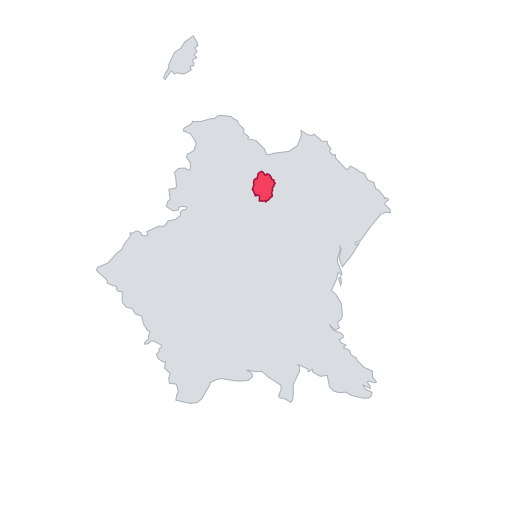 Lozère highlighted on a map of France, rotated 208°
{"feature_id": "FRA-5320", "entity_name": "Lozère", "entity_type": "Metropolitan department", "adm_level": 1, "iso_a3": "FRA", "parent_name": "France", "parent_adm1": "", "projection": "mercator", "projection_center": [3.454, 44.535], "detail": "fine", "context": "in_parent", "style": "filled", "palette": "rose", "viewbox_px": 512, "rotation_deg": 208, "n_neighbors": 0, "source": "natural_earth", "source_scale": "10m", "svg_char_len": 5605}
<svg xmlns="http://www.w3.org/2000/svg" viewBox="0 0 512 512"><g transform="rotate(208 256 256)"><path d="M378.2,217.0L375.4,218.6L373.6,221.8L371.8,222.5L368.5,222.6L367.0,220.6L363.0,221.8L361.4,223.9L363.8,226.4L356.0,236.6L351.0,239.2L350.0,245.8L344.1,250.8L342.0,255.9L341.8,257.0L343.3,258.7L342.6,262.0L339.7,264.2L339.7,266.4L340.5,266.7L345.0,264.9L346.8,262.9L345.9,260.2L350.4,256.9L358.5,257.7L359.5,262.2L358.4,265.9L364.3,274.0L359.2,277.7L358.9,280.2L364.1,288.2L367.4,291.5L365.6,296.9L360.1,300.3L356.6,300.1L355.1,300.9L355.2,302.6L357.6,307.4L363.6,310.5L364.5,314.2L362.8,315.5L360.1,321.0L361.3,323.7L360.8,324.9L361.4,326.7L363.0,328.5L371.2,333.2L378.7,332.3L379.6,334.9L375.1,342.0L375.3,345.2L373.0,345.3L372.6,346.4L368.0,348.7L360.6,355.8L357.1,357.9L355.8,361.5L353.7,363.5L343.1,367.6L341.1,366.7L335.9,366.8L332.7,364.2L326.5,362.6L324.5,358.8L318.7,358.1L318.4,355.6L310.2,357.9L298.8,354.5L294.8,350.8L291.5,351.8L288.5,355.1L276.2,363.7L271.4,372.6L272.3,383.0L275.1,388.0L267.6,387.2L263.2,388.7L262.0,390.9L251.5,388.3L247.5,390.5L246.5,390.3L245.1,388.2L239.9,385.7L240.7,384.0L240.0,382.5L235.1,381.3L233.4,382.8L231.6,379.8L217.9,375.1L215.7,375.2L214.8,379.8L206.0,379.7L204.7,378.9L199.0,379.8L193.0,375.5L186.3,376.3L182.1,371.8L178.1,371.5L172.5,369.2L169.9,368.0L169.6,366.7L167.9,368.7L165.8,368.3L165.3,367.6L166.7,365.1L167.0,362.2L159.9,360.1L158.0,358.0L158.0,356.8L161.8,355.8L165.2,351.8L168.5,337.0L170.8,319.4L172.6,316.0L174.8,315.1L173.0,312.6L170.8,315.8L172.2,299.5L174.7,287.1L180.6,292.2L182.0,294.4L183.8,301.7L187.1,304.8L185.0,301.9L182.8,292.1L181.5,289.3L172.0,281.1L171.7,279.2L175.8,280.2L174.1,274.0L173.2,260.9L167.4,259.6L158.2,254.0L151.8,244.0L151.1,240.2L152.7,236.2L151.3,233.6L148.6,231.9L150.6,228.4L152.5,228.1L159.2,230.0L153.8,226.8L144.9,227.9L141.4,226.7L140.8,224.3L143.2,221.2L140.2,219.3L135.2,219.7L134.5,218.9L136.0,216.7L134.8,215.9L130.6,216.7L128.3,216.0L126.1,213.5L119.4,212.9L117.9,211.4L108.7,208.5L99.1,209.0L96.4,203.9L90.5,201.4L91.7,199.8L97.5,198.3L98.7,196.9L94.4,194.8L92.9,192.7L100.7,192.2L97.2,189.9L89.6,190.1L88.5,187.0L89.5,183.8L94.0,181.0L105.0,177.9L113.1,177.8L118.8,174.2L124.4,173.2L129.7,175.0L137.0,184.0L142.7,180.0L151.3,180.1L153.1,182.4L155.4,178.3L157.3,180.6L167.8,179.9L165.3,178.3L163.4,174.4L162.9,160.3L157.5,149.9L156.2,146.2L156.5,143.0L162.8,143.5L168.0,142.1L170.5,143.1L171.1,149.8L173.3,153.6L187.8,154.8L196.2,156.9L203.2,153.1L209.7,151.4L210.3,150.6L206.5,150.9L203.0,149.3L202.5,147.5L204.4,142.3L214.4,136.5L229.1,131.5L232.9,128.3L237.3,122.3L236.3,120.7L236.9,104.4L239.1,99.0L244.7,95.0L259.1,91.1L260.9,96.4L260.7,99.3L264.5,103.9L266.4,105.4L272.7,102.9L275.7,107.2L276.6,112.0L284.1,114.0L286.3,120.3L287.7,118.9L292.4,119.2L294.6,119.7L297.7,122.5L296.7,126.2L298.1,128.1L296.8,131.5L297.7,132.9L306.3,132.9L308.9,131.4L310.1,127.9L312.7,125.9L313.7,126.5L312.1,133.0L313.3,134.6L313.9,139.2L317.1,139.5L323.5,143.2L328.8,149.2L335.5,148.2L340.6,151.6L346.0,149.8L351.1,151.6L352.9,153.4L357.6,161.8L361.2,160.1L363.8,161.1L364.6,163.5L374.3,162.1L376.1,164.4L378.1,165.3L390.3,168.5L390.5,171.6L383.4,180.4L380.3,193.0L378.2,197.3L377.4,200.6L378.0,202.7L377.7,206.1L376.2,214.2L377.0,216.5L378.2,217.0ZM421.8,376.1L421.2,380.8L422.9,384.2L423.5,397.6L420.0,404.0L419.3,411.7L414.9,420.9L408.1,416.8L406.1,414.6L407.9,411.0L404.0,409.1L404.9,405.7L404.5,404.0L401.7,403.8L401.6,402.9L403.6,400.3L403.6,398.6L400.9,396.6L400.4,394.7L403.0,392.7L401.8,390.8L400.4,390.4L403.9,384.3L406.2,382.4L411.6,380.7L413.8,378.4L417.3,379.7L417.9,379.1L419.1,369.4L420.3,369.2L421.4,370.5L421.8,376.1ZM172.4,274.7L171.6,277.6L168.0,272.5L167.5,269.8L172.4,274.7Z" fill="#d9dde1" stroke="#a8b0b8" stroke-width="1"/><path d="M293.4,322.7L293.2,323.0L292.6,324.1L292.2,324.4L291.5,324.6L291.1,324.9L291.9,326.2L292.0,326.6L292.1,327.6L292.7,329.1L292.8,329.6L292.6,330.3L291.7,332.2L290.7,333.4L290.4,333.4L288.7,333.2L286.3,331.8L285.9,331.7L285.2,331.9L285.1,332.3L285.2,332.9L285.1,333.5L284.6,333.8L282.3,334.0L281.4,333.7L279.0,332.2L278.8,331.7L278.6,331.5L278.4,331.3L278.2,331.3L277.7,331.3L276.0,331.4L275.8,331.4L275.6,331.3L275.6,331.1L275.6,330.8L275.5,330.6L275.4,330.4L275.2,330.1L274.1,329.6L273.6,329.2L273.2,329.2L273.1,328.8L273.2,328.6L273.6,327.8L273.6,327.5L273.6,327.3L273.2,326.7L273.2,326.3L273.1,325.8L273.1,325.5L273.1,325.3L273.2,325.1L273.3,324.9L273.4,324.7L273.4,324.4L273.4,324.1L273.5,323.9L273.5,323.7L273.3,323.4L272.4,322.2L272.2,321.7L272.1,321.1L272.1,320.8L272.1,320.5L272.1,320.3L272.2,320.1L271.7,319.2L269.7,316.6L270.0,315.5L270.3,315.1L270.7,314.5L270.8,314.2L270.9,313.1L271.2,311.7L271.4,311.1L271.6,310.7L272.0,310.5L272.3,310.2L272.4,309.5L272.5,308.8L272.7,308.5L272.9,308.4L273.1,308.3L273.3,308.4L273.6,309.0L273.8,309.1L274.1,309.1L274.6,308.8L275.9,307.4L276.2,307.3L276.4,307.3L276.6,307.4L276.9,307.3L277.1,307.2L278.1,306.5L278.2,306.4L278.5,306.3L278.8,306.4L279.1,306.3L279.3,306.5L279.4,307.0L279.6,307.7L280.9,310.2L281.4,310.7L281.7,310.9L282.0,310.7L282.5,310.6L283.3,310.5L283.5,310.5L283.7,310.4L283.8,310.2L283.9,309.5L284.0,309.3L284.1,309.1L284.3,309.0L284.5,308.9L284.8,308.9L285.2,309.0L285.5,309.2L285.6,309.4L285.7,309.6L285.6,309.8L285.5,310.0L285.5,310.3L286.9,310.6L287.2,310.8L287.4,310.9L288.1,311.6L288.8,312.2L289.1,312.4L289.4,312.5L289.6,312.6L289.7,312.8L289.9,312.9L290.0,312.9L290.6,313.1L290.5,314.0L290.6,314.4L290.7,314.8L290.8,315.0L291.0,316.0L291.2,317.3L291.5,318.2L291.8,318.7L292.2,319.0L292.6,319.6L292.8,320.2L293.4,322.7Z" fill="#f43f5e" stroke="#9f1239" stroke-width="1.5"/></g></svg>